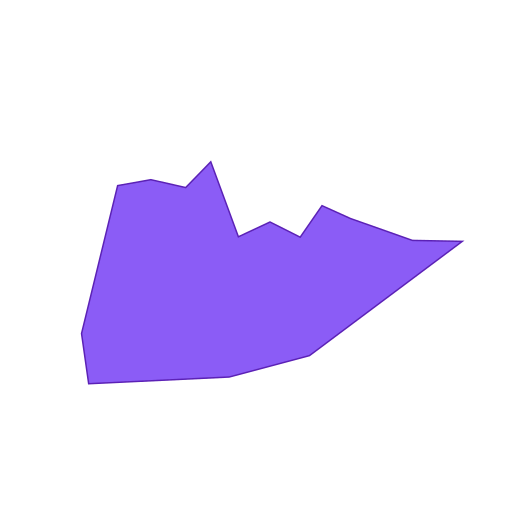 Su'mber, Töv, Mongolia (Albers equal-area conic projection), rotated 161°
{"feature_id": "93677404B46846850249672", "entity_name": "Su'mber", "entity_type": "district", "adm_level": 2, "iso_a3": "MNG", "parent_name": "Mongolia", "parent_adm1": "Töv", "projection": "albers", "projection_center": [105.846, 48.802], "detail": "fine", "context": "isolated", "style": "filled", "palette": "violet", "viewbox_px": 512, "rotation_deg": 161, "n_neighbors": 0, "source": "geoboundaries", "source_scale": "gbopen_adm2", "svg_char_len": 362}
<svg xmlns="http://www.w3.org/2000/svg" viewBox="0 0 512 512"><g transform="rotate(161 256 256)"><path d="M237.9,144.4L56.2,202.7L103.0,219.8L154.5,260.7L177.2,282.1L208.1,259.4L231.7,283.6L266.4,279.9L268.1,359.8L300.2,343.6L330.6,362.4L363.9,367.6L446.2,239.5L455.8,189.7L320.7,150.3L237.9,144.4Z" fill="#8b5cf6" stroke="#5b21b6" stroke-width="1.5"/></g></svg>